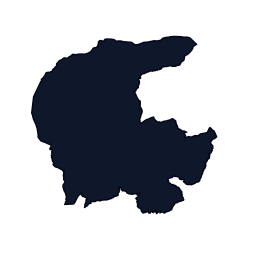 Dr. Manuel Belgrano, Jujuy, Argentina, rotated 74°
{"feature_id": "61730980B9597683153912", "entity_name": "Dr. Manuel Belgrano", "entity_type": "district", "adm_level": 2, "iso_a3": "ARG", "parent_name": "Argentina", "parent_adm1": "Jujuy", "projection": "equal_earth", "projection_center": [-65.306, -24.063], "detail": "fine", "context": "isolated", "style": "filled", "palette": "ink", "viewbox_px": 256, "rotation_deg": 74, "n_neighbors": 0, "source": "geoboundaries", "source_scale": "gbopen_adm2", "svg_char_len": 5830}
<svg xmlns="http://www.w3.org/2000/svg" viewBox="0 0 256 256"><g transform="rotate(74 128 128)"><path d="M36.5,125.9L37.3,126.9L38.1,127.2L38.1,127.5L37.8,128.3L37.0,129.0L36.7,129.6L36.3,130.9L36.5,131.5L37.1,132.6L38.8,133.2L41.1,134.7L41.9,136.4L41.6,138.1L41.8,139.6L43.6,141.5L44.8,144.0L45.2,147.0L45.1,149.8L44.4,151.3L43.4,155.4L43.1,158.3L42.1,160.4L42.0,161.3L42.9,162.3L43.2,164.6L44.3,166.8L44.0,167.9L43.0,170.1L44.3,173.7L44.3,175.4L45.1,176.2L46.1,178.2L46.6,178.7L47.2,179.1L48.6,179.1L49.3,181.0L50.0,181.8L51.1,184.1L52.5,185.3L52.7,185.8L52.9,188.1L52.4,189.8L52.4,191.4L54.6,193.4L56.7,196.2L57.2,197.7L59.3,198.3L59.5,199.1L72.0,210.1L87.1,216.4L89.6,216.2L92.9,216.4L99.5,215.5L103.6,215.4L109.7,216.2L112.0,216.9L116.3,215.3L118.6,212.3L118.9,211.5L120.3,210.2L122.8,207.0L124.0,206.8L125.2,207.4L126.0,208.6L127.1,208.8L127.7,207.5L129.0,206.7L129.8,207.8L130.5,207.7L131.2,208.3L132.1,208.0L132.8,208.6L133.2,209.2L134.4,209.1L135.1,209.6L137.0,209.3L137.8,209.6L138.3,209.2L138.9,209.7L140.2,208.9L142.8,210.0L145.2,208.6L147.0,205.9L147.9,205.2L150.3,202.5L151.0,202.5L151.8,202.1L151.8,201.6L152.4,201.7L152.3,201.4L152.5,201.4L152.7,201.8L155.2,202.9L156.0,202.7L156.0,203.2L158.6,203.5L159.7,204.1L160.7,203.5L161.3,203.7L162.0,203.2L162.6,203.3L164.8,206.0L167.1,206.8L167.9,206.5L169.4,206.8L170.9,206.4L171.5,206.6L173.0,206.0L175.6,206.1L176.0,205.9L177.6,206.3L179.2,207.3L181.1,207.2L181.7,208.1L184.0,209.7L186.0,201.2L184.4,199.2L180.5,195.7L177.7,191.8L178.1,191.7L178.7,191.1L179.4,191.3L180.3,190.3L181.2,190.5L181.9,188.9L182.2,188.9L183.7,187.0L184.1,186.9L185.6,188.1L187.9,188.9L188.3,189.5L189.2,189.9L189.8,190.6L190.7,190.7L192.8,191.9L191.8,190.5L191.8,189.3L191.2,188.1L190.0,187.0L189.9,186.5L190.1,186.3L190.0,184.4L189.2,184.4L188.7,183.5L188.7,182.4L189.1,182.0L189.0,181.7L189.6,180.1L189.2,178.6L189.2,177.2L190.3,174.9L190.2,172.2L190.7,170.2L190.9,168.3L191.2,168.3L191.1,163.4L190.0,159.4L190.2,157.1L189.6,155.9L188.2,155.8L186.9,154.1L186.0,154.0L185.5,153.4L183.7,153.1L182.6,153.7L182.4,153.4L183.3,151.1L185.2,151.4L186.7,150.6L187.0,150.4L187.0,149.0L187.8,148.3L188.4,147.2L190.1,146.8L191.4,145.3L192.8,142.5L193.0,139.9L193.4,138.4L193.3,137.5L194.0,136.6L193.8,135.5L194.4,136.1L194.5,137.2L194.8,137.6L195.5,137.0L195.3,136.1L195.9,135.8L196.7,136.7L197.5,139.4L197.9,139.8L200.9,138.6L201.2,139.8L202.6,139.6L204.6,139.9L205.9,140.5L207.6,139.8L208.2,138.8L209.5,137.9L211.6,138.0L213.6,137.1L213.9,136.5L213.7,135.6L213.7,134.8L214.0,134.4L213.7,133.6L213.8,131.7L214.2,131.3L215.3,131.5L215.7,130.8L215.7,130.0L215.1,129.9L215.0,129.5L214.7,128.0L215.3,126.9L215.5,126.8L216.0,127.3L216.2,126.9L215.2,124.7L215.8,125.1L216.6,124.0L217.9,124.1L217.8,123.4L217.2,122.4L217.2,121.4L216.7,120.0L217.1,119.9L218.3,120.3L218.0,118.7L218.1,118.1L219.7,116.5L219.7,116.1L219.1,114.2L219.1,111.4L218.4,108.6L215.9,106.7L214.4,104.6L213.0,103.2L213.3,101.3L212.6,99.1L212.9,97.9L212.6,95.4L212.7,94.6L212.1,94.2L210.7,94.7L210.0,94.2L209.4,95.0L208.5,94.9L207.1,94.3L206.5,94.9L205.7,94.4L205.6,94.9L204.2,93.9L203.2,94.5L202.5,94.5L202.2,95.3L201.4,95.0L199.8,95.4L199.6,96.0L199.2,95.9L198.7,96.2L198.6,97.0L196.4,98.2L196.6,99.4L195.2,99.7L194.9,100.0L194.7,101.1L194.0,102.3L193.2,102.4L192.0,103.7L190.9,103.9L190.0,103.6L188.2,103.7L187.5,103.4L187.7,99.8L187.5,98.7L186.8,97.9L186.8,96.9L187.5,96.4L187.5,95.4L188.6,93.6L189.2,92.6L189.9,92.2L190.8,92.6L191.5,92.2L192.2,91.0L192.8,88.3L193.8,88.5L194.8,89.4L198.2,87.2L199.1,85.4L199.4,83.6L200.0,82.7L199.5,78.5L199.0,77.8L198.9,76.7L199.2,75.5L198.4,73.6L196.9,73.1L196.2,71.9L192.9,69.7L192.2,68.8L190.6,68.3L190.1,67.7L189.9,67.1L189.2,67.0L187.9,65.7L187.8,65.1L187.1,65.0L186.8,64.3L185.8,64.1L185.5,63.5L184.7,63.8L183.7,63.1L182.5,63.0L182.2,62.0L181.1,60.8L180.4,60.8L180.0,60.4L180.0,59.6L179.3,58.0L177.9,57.9L177.6,57.4L177.2,57.6L176.6,57.0L175.9,57.3L175.7,56.7L175.0,57.0L174.6,54.9L173.7,54.6L173.3,53.7L172.7,53.5L172.5,53.1L171.8,53.3L171.1,52.8L170.8,52.0L170.3,52.2L168.8,51.4L166.7,52.4L166.4,52.9L165.9,52.6L164.5,52.6L163.9,52.2L163.5,51.4L162.9,51.2L162.7,50.4L162.3,50.1L161.9,48.6L162.1,48.1L161.8,47.2L161.5,47.1L161.1,45.6L160.4,45.2L159.1,45.6L157.8,45.6L154.6,46.2L153.1,47.6L151.0,48.4L150.3,49.3L151.6,50.8L152.5,51.2L152.8,51.8L154.1,52.9L154.3,53.9L153.7,59.7L154.8,63.1L153.8,65.5L154.2,69.8L153.0,72.3L153.0,74.7L152.7,76.3L151.3,74.9L148.2,75.5L148.0,73.2L146.4,74.9L146.0,76.7L144.4,77.7L142.0,80.4L141.2,80.0L140.1,80.3L139.1,80.0L137.5,80.8L136.6,80.3L135.4,80.9L134.6,80.2L131.5,82.4L131.4,83.3L131.9,85.8L131.7,87.3L131.9,88.8L131.5,91.3L131.7,94.7L131.4,95.8L130.9,96.0L130.4,98.1L126.7,100.3L124.6,100.4L124.5,103.1L125.0,104.8L125.1,108.0L126.7,113.1L127.6,114.3L126.5,114.9L122.5,114.3L121.7,113.9L121.6,113.3L119.5,112.3L116.5,110.0L114.2,109.6L110.7,110.5L106.3,109.0L105.0,109.2L104.8,109.8L104.2,110.2L100.2,111.1L96.4,111.5L95.1,112.2L94.5,110.5L92.4,108.6L92.0,107.0L91.6,106.8L90.2,106.8L89.3,105.5L88.4,105.4L87.9,104.6L86.8,104.9L86.4,104.2L84.1,104.6L83.5,103.9L83.6,102.8L83.5,102.2L82.7,102.0L81.0,102.5L80.7,100.6L79.9,100.0L80.1,97.4L79.9,95.5L79.4,94.4L79.7,93.1L79.2,91.5L79.4,91.1L79.3,90.2L80.1,88.9L79.9,87.7L80.4,86.0L80.0,84.3L80.5,83.9L80.1,82.7L80.5,81.5L80.2,79.7L79.0,78.6L79.0,75.9L79.6,73.3L79.7,69.8L80.9,68.4L81.7,65.3L81.4,63.3L81.7,61.9L81.5,60.7L79.3,58.8L78.5,56.2L78.0,55.5L74.3,53.6L73.9,52.5L73.8,50.9L72.6,48.3L70.6,45.2L69.2,43.8L67.7,43.1L66.4,39.1L58.5,43.7L57.3,45.4L55.8,50.2L54.8,52.0L52.5,59.3L52.0,62.2L51.9,64.7L51.4,66.2L51.4,70.1L52.4,71.7L52.7,72.8L52.3,76.7L51.7,77.7L51.3,79.4L51.0,84.5L50.1,89.2L50.6,95.3L50.1,97.9L48.7,99.6L46.8,100.7L43.6,109.1L42.7,110.3L41.7,113.3L41.6,114.8L40.7,116.1L40.0,116.3L39.0,117.5L38.0,119.7L36.6,124.0L36.5,125.9Z" fill="#0f172a" stroke="#020617" stroke-width="1.5"/></g></svg>